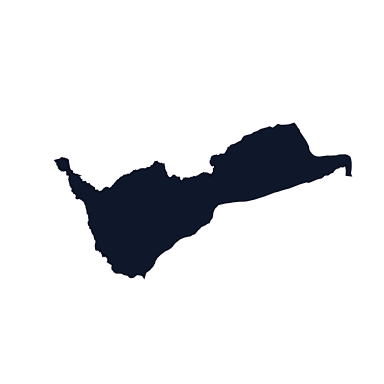 San Sebastian De Buenavista, Magdalena, Colombia (Natural Earth projection), rotated 205°
{"feature_id": "7082276B86885648349086", "entity_name": "San Sebastian De Buenavista", "entity_type": "district", "adm_level": 2, "iso_a3": "COL", "parent_name": "Colombia", "parent_adm1": "Magdalena", "projection": "natural_earth1", "projection_center": [-74.12, 9.349], "detail": "fine", "context": "isolated", "style": "filled", "palette": "ink", "viewbox_px": 384, "rotation_deg": 205, "n_neighbors": 0, "source": "geoboundaries", "source_scale": "gbopen_adm2", "svg_char_len": 6067}
<svg xmlns="http://www.w3.org/2000/svg" viewBox="0 0 384 384"><g transform="rotate(205 192 192)"><path d="M68.9,290.2L74.3,287.4L75.9,285.8L82.3,282.4L83.9,281.9L90.8,277.5L93.4,276.4L95.2,276.1L97.8,276.1L102.1,277.9L104.3,279.8L105.9,282.4L110.7,286.2L119.8,291.6L121.5,293.5L124.3,294.8L125.8,296.0L128.5,297.3L131.8,294.1L134.1,292.6L138.8,290.1L140.3,289.6L142.1,289.5L143.1,288.6L143.6,287.1L145.6,283.7L149.2,283.6L150.6,282.0L155.7,277.8L158.3,274.1L160.8,271.9L161.7,270.0L162.6,268.8L165.8,266.4L167.9,264.4L168.1,263.2L168.6,262.1L168.4,260.8L169.2,258.2L170.4,257.2L172.3,254.6L173.1,253.3L174.7,252.1L176.4,250.5L176.4,249.0L177.8,247.6L177.9,246.9L177.5,245.7L177.8,244.5L177.8,243.0L178.2,240.4L180.0,238.9L182.0,238.3L183.1,236.2L184.2,235.6L185.3,235.6L187.8,233.7L188.7,232.6L188.7,230.5L188.3,229.8L188.2,228.3L188.5,227.8L187.7,226.3L187.3,226.1L187.0,225.5L186.2,225.2L185.2,224.4L184.5,224.6L184.1,225.6L183.0,225.5L182.4,225.0L181.6,223.8L182.2,222.2L180.9,219.6L181.9,214.2L182.2,214.2L182.7,215.5L183.1,215.7L184.0,215.0L185.1,215.4L186.3,215.4L188.8,214.3L189.7,214.2L190.0,213.4L191.2,212.5L191.6,211.5L192.3,210.8L192.9,209.1L193.6,208.9L194.1,208.0L194.6,207.9L194.9,206.3L195.4,206.5L196.0,206.3L196.2,206.8L196.7,206.8L197.5,205.5L199.0,204.6L199.4,203.7L201.1,202.7L202.2,202.4L202.5,201.9L203.7,202.0L204.2,201.1L205.0,201.0L205.3,198.4L206.4,197.3L206.9,197.2L208.4,197.9L209.7,199.8L212.2,198.7L214.9,199.6L215.6,199.3L216.3,198.2L216.7,196.3L217.6,195.6L219.0,195.2L220.4,195.8L221.1,195.7L221.4,196.6L222.6,196.8L223.0,198.4L224.4,199.2L227.2,201.8L227.2,202.3L227.9,203.1L228.2,203.9L229.3,204.6L229.3,205.3L230.7,204.7L231.9,204.9L232.0,204.2L232.5,203.9L233.7,204.2L235.5,204.0L236.4,204.8L236.8,204.6L237.0,204.0L238.2,203.9L238.2,202.2L238.6,201.1L238.5,199.6L238.8,199.1L239.9,198.5L239.9,197.3L240.4,196.4L241.4,195.5L242.3,195.3L242.0,194.7L243.2,194.3L243.8,193.0L244.4,193.0L244.7,192.5L246.0,192.4L247.5,191.2L247.8,191.3L247.9,190.9L248.1,191.1L248.8,190.4L249.8,188.5L250.4,188.6L251.7,187.5L252.3,187.6L252.2,187.0L253.6,186.8L254.6,184.1L255.5,182.8L255.4,181.8L255.7,181.3L257.5,181.0L257.8,180.2L258.3,180.0L258.6,179.4L259.0,179.4L259.3,178.9L260.6,178.3L261.2,176.5L262.6,175.1L262.4,174.3L262.9,174.2L263.2,173.5L263.0,172.5L264.2,171.6L265.5,167.2L265.7,165.4L266.4,164.5L266.5,162.9L267.3,161.6L267.5,160.4L267.9,160.2L270.0,160.2L271.8,159.7L273.2,157.4L273.8,154.6L274.8,154.2L275.9,152.7L277.3,152.9L278.1,153.5L278.6,153.5L280.3,152.3L281.8,153.1L282.0,154.0L282.5,154.5L283.3,154.2L283.9,154.6L287.2,155.0L288.6,156.0L289.3,155.5L290.8,154.9L293.1,156.3L293.4,155.8L294.5,155.5L295.3,154.7L296.0,154.7L296.8,155.4L297.1,156.4L298.5,156.4L299.5,157.4L300.1,157.3L301.0,157.8L301.5,158.7L300.8,159.3L304.1,159.1L304.8,158.6L305.1,158.0L306.2,158.7L306.7,158.4L308.0,158.7L308.8,158.4L309.2,158.9L309.3,159.4L309.0,159.8L309.1,160.1L309.5,160.4L311.1,160.2L312.5,161.1L313.9,162.7L315.6,165.3L316.7,165.7L316.6,166.8L317.6,167.8L317.6,168.3L318.3,168.2L318.1,168.6L318.6,168.8L319.3,168.5L319.5,168.8L320.4,168.0L320.6,168.4L320.9,168.2L321.2,168.5L321.5,168.2L322.1,168.5L322.7,167.7L323.6,168.2L324.1,167.5L324.8,167.6L325.0,166.3L325.5,166.1L326.3,164.8L327.1,164.6L327.8,164.0L327.9,163.4L328.6,163.5L329.3,162.7L328.8,162.6L328.5,162.0L326.2,161.9L326.3,160.3L325.7,159.8L324.4,159.6L324.1,158.7L323.1,158.2L323.0,157.4L322.3,157.4L321.5,156.7L320.4,157.0L319.8,156.6L319.6,156.2L319.0,156.3L318.6,156.7L317.6,156.8L317.0,157.5L316.3,157.7L316.3,158.3L315.7,158.8L314.0,157.8L313.6,157.1L313.1,157.0L313.2,156.3L312.8,156.1L312.9,155.4L312.5,154.9L310.9,155.3L310.7,155.8L310.4,155.8L309.7,155.1L309.4,153.2L308.6,152.4L308.9,151.9L308.9,151.3L307.7,150.5L307.6,149.9L305.6,147.6L305.4,146.8L304.6,146.8L304.2,146.1L303.3,145.4L301.9,145.1L301.9,144.5L301.2,143.6L301.4,142.8L300.9,142.1L299.5,142.0L298.6,141.0L297.1,141.3L296.2,140.6L295.3,140.4L294.6,139.1L294.7,138.0L294.4,137.6L293.2,137.4L291.6,139.0L289.9,138.6L289.2,139.0L288.5,139.0L288.1,138.9L287.8,138.2L286.5,138.2L284.8,137.2L283.9,136.1L283.0,135.6L281.6,134.1L281.1,133.0L280.5,132.7L279.9,131.7L279.2,131.3L278.5,129.5L277.5,128.2L275.7,128.2L275.4,126.6L274.9,126.1L274.6,125.1L273.1,123.1L273.0,122.3L273.1,120.7L272.2,119.2L271.2,118.2L269.6,117.8L269.3,116.2L267.3,115.9L265.8,113.7L264.2,112.3L262.9,111.9L260.0,108.3L258.3,107.6L257.6,105.9L256.8,102.6L254.8,99.3L254.5,99.1L253.8,99.3L253.8,99.7L253.3,99.9L251.4,99.8L250.6,99.3L250.4,100.1L250.1,100.2L248.5,99.0L248.0,98.4L246.9,97.9L246.1,96.7L246.0,97.2L245.8,97.0L245.7,97.3L245.3,96.6L245.1,97.1L244.3,96.8L244.0,97.4L244.2,97.7L243.5,97.6L243.7,97.9L243.5,98.0L242.3,97.1L241.9,97.4L241.8,97.1L241.2,97.1L240.9,96.7L240.2,96.8L239.8,96.5L240.1,96.3L240.0,95.9L239.5,95.8L239.3,94.9L238.8,94.8L238.7,94.3L239.0,94.0L238.7,93.6L238.9,93.0L233.1,92.4L232.6,89.9L231.4,88.1L229.9,87.9L228.9,86.9L227.9,87.3L227.5,86.7L226.5,87.0L226.2,86.7L225.4,87.3L220.9,89.1L219.3,88.6L214.7,89.6L212.5,88.6L210.9,88.9L209.2,90.1L207.4,93.7L206.6,94.4L202.3,95.5L200.7,95.1L199.2,94.1L200.1,99.4L197.7,103.8L197.2,105.1L197.2,106.1L196.4,107.7L196.1,112.1L196.8,114.1L196.3,115.0L196.3,117.3L194.7,121.7L191.9,127.2L189.4,130.1L188.2,132.0L187.1,134.6L186.3,138.5L183.4,144.4L180.4,147.8L177.3,150.3L175.1,151.7L173.9,153.8L172.1,155.4L170.8,160.5L169.9,162.2L169.4,164.5L166.7,167.5L164.8,170.6L163.6,171.5L163.8,173.8L163.1,177.3L164.6,182.2L164.8,185.2L164.7,187.1L163.4,190.4L163.4,191.6L157.0,196.5L152.6,199.2L152.6,199.5L145.4,203.8L141.1,205.9L138.5,207.5L132.6,212.1L125.0,219.1L117.1,227.2L114.5,229.2L111.3,232.3L105.7,237.0L97.9,245.1L92.5,249.9L90.9,250.0L89.1,251.5L84.7,256.5L82.6,258.3L81.0,259.4L79.8,261.5L79.7,262.6L78.1,264.2L76.5,264.8L75.7,265.5L74.7,267.8L72.9,269.3L72.6,271.5L71.9,273.5L70.7,275.1L69.3,276.0L68.3,278.1L66.1,278.5L64.0,281.2L61.3,277.4L60.1,274.8L59.3,272.5L54.7,274.0L56.0,275.1L56.7,276.5L57.9,280.4L59.2,283.3L60.4,285.8L62.2,288.5L63.4,289.8L63.9,290.3L66.7,290.6L68.9,290.2Z" fill="#0f172a" stroke="#020617" stroke-width="1.5"/></g></svg>